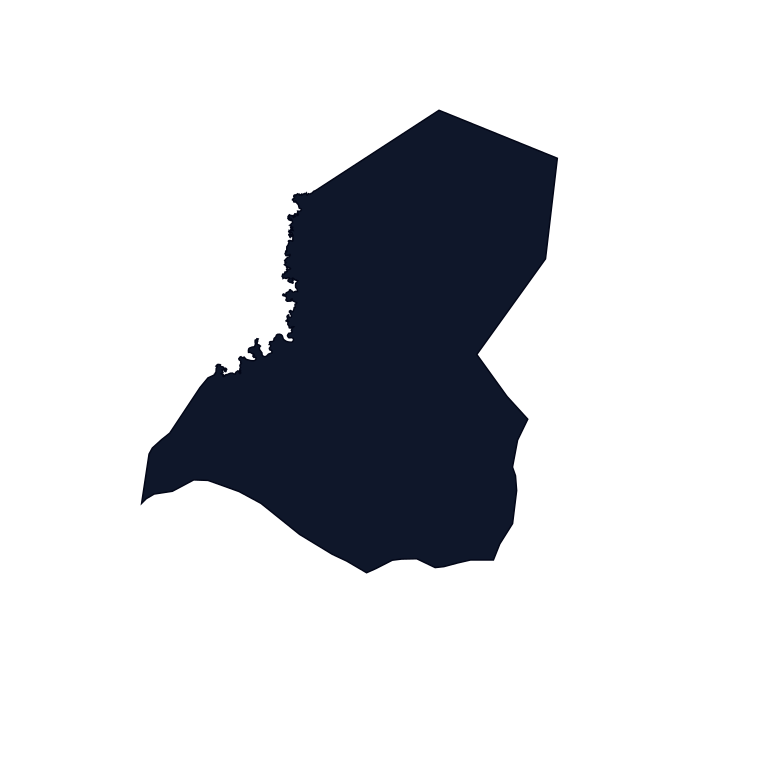 Abadam, Borno, Nigeria, rotated 327°
{"feature_id": "59680162B89355923746110", "entity_name": "Abadam", "entity_type": "district", "adm_level": 2, "iso_a3": "NGA", "parent_name": "Nigeria", "parent_adm1": "Borno", "projection": "mercator", "projection_center": [13.226, 13.367], "detail": "fine", "context": "isolated", "style": "filled", "palette": "ink", "viewbox_px": 768, "rotation_deg": 327, "n_neighbors": 0, "source": "geoboundaries", "source_scale": "gbopen_adm2", "svg_char_len": 6171}
<svg xmlns="http://www.w3.org/2000/svg" viewBox="0 0 768 768"><g transform="rotate(327 384 384)"><path d="M266.6,532.8L276.8,534.4L295.0,536.3L303.4,540.4L316.3,548.4L326.9,565.8L334.8,569.8L348.1,574.1L360.7,578.7L379.9,591.2L394.0,581.2L415.8,571.1L437.2,545.6L444.3,532.6L446.5,523.7L465.5,503.8L485.4,491.8L480.4,461.5L477.9,409.8L587.6,367.0L652.3,289.1L579.2,184.4L431.7,184.5L430.2,184.1L427.5,184.7L426.4,184.4L425.5,184.7L424.3,183.2L422.4,183.8L422.2,183.2L422.9,181.7L422.3,181.9L421.6,181.1L420.3,181.2L419.8,180.6L419.2,180.9L418.5,180.9L418.3,180.0L417.3,180.6L416.6,179.0L416.0,179.4L415.3,177.5L413.5,177.5L412.6,178.0L412.4,176.9L411.2,176.8L410.4,177.6L410.2,179.3L407.9,179.3L407.5,179.7L408.1,181.0L407.5,182.0L408.5,183.0L409.5,182.6L409.4,184.7L409.9,185.4L409.6,185.9L409.9,186.8L408.7,190.3L409.9,192.0L409.5,193.0L408.4,193.4L407.3,193.2L405.7,192.0L405.3,193.0L404.5,193.8L404.2,193.5L403.8,193.7L404.7,194.9L403.9,195.7L403.5,195.8L402.3,193.7L402.4,193.1L402.0,192.7L400.0,193.6L399.8,194.1L400.6,194.3L400.8,195.2L398.7,195.0L399.0,194.0L398.6,193.4L399.0,193.0L397.5,191.7L396.9,190.7L396.4,191.1L396.0,190.7L394.7,191.4L395.1,192.2L394.5,192.0L394.3,192.6L393.8,192.5L393.6,192.8L393.8,193.1L394.4,192.7L395.0,193.1L394.6,193.7L394.9,194.2L393.7,194.4L394.6,195.9L395.1,196.2L396.0,195.6L396.1,196.8L395.1,199.1L393.6,199.1L392.5,199.7L391.6,199.6L392.4,200.8L391.9,201.6L391.1,201.5L390.9,202.6L391.5,202.9L391.5,202.2L392.1,201.9L392.8,202.8L392.0,203.5L391.0,203.3L391.5,204.8L391.4,205.8L390.6,205.0L390.5,203.7L389.7,203.8L389.3,204.6L388.2,203.7L388.1,204.5L387.7,204.0L387.0,204.4L387.3,205.7L388.8,206.4L389.1,207.7L388.4,208.8L388.8,209.7L388.3,209.9L387.7,209.0L387.9,208.3L387.2,207.2L385.7,206.7L385.3,207.2L385.9,208.1L385.1,209.1L385.2,209.8L385.5,209.6L386.2,209.9L387.3,209.4L387.9,210.4L387.0,212.4L386.3,212.7L386.2,213.5L385.1,214.4L383.6,212.7L382.5,212.0L381.8,212.0L381.5,212.4L381.8,212.9L381.7,213.3L379.2,215.2L377.3,215.9L375.2,219.0L374.4,218.9L374.0,219.2L374.6,219.6L374.4,220.1L373.0,220.2L372.0,220.8L371.7,222.9L372.5,223.6L373.5,223.5L374.1,224.1L375.7,224.1L375.8,224.5L375.6,224.9L375.0,225.2L374.3,225.1L374.1,225.5L373.6,225.7L371.7,225.3L371.0,225.8L369.8,225.8L367.9,226.4L368.0,227.2L367.6,227.6L367.8,227.9L367.4,228.1L367.7,228.8L367.3,228.7L366.3,229.6L365.5,229.7L366.5,232.4L365.9,233.0L366.0,233.4L366.3,233.7L366.9,233.4L367.5,234.5L368.2,235.0L368.4,236.4L367.8,236.6L366.9,236.1L366.3,236.1L365.8,235.0L365.3,235.1L364.9,234.7L364.5,235.1L364.6,236.1L364.2,237.0L363.2,236.6L362.6,236.9L362.1,236.2L361.8,236.2L361.6,236.5L361.8,237.0L361.4,237.2L360.7,237.0L360.1,237.5L358.9,236.7L357.1,238.3L357.3,239.3L356.8,240.5L358.1,240.5L358.8,241.7L360.0,242.5L361.5,242.5L361.7,243.3L362.3,243.6L362.4,244.4L360.1,244.6L359.6,245.5L360.7,247.8L362.2,248.4L362.2,248.7L361.8,248.9L362.0,249.5L362.7,249.7L363.1,249.3L363.4,247.6L364.3,247.5L364.2,245.6L364.8,245.3L365.6,246.1L366.1,248.5L366.9,248.7L367.0,249.3L368.1,250.6L365.9,251.4L364.9,251.4L363.4,253.3L362.5,254.9L362.9,257.0L361.8,259.4L360.1,258.0L358.4,257.9L357.5,257.4L357.5,256.0L356.9,255.3L356.9,254.1L356.6,253.8L356.0,253.7L354.8,254.7L351.7,254.3L350.9,254.8L350.6,255.5L349.9,255.7L349.4,255.4L349.1,254.1L348.6,253.7L347.5,254.2L347.5,254.9L349.3,256.8L349.5,257.9L348.7,259.5L347.7,259.9L347.4,260.4L347.9,261.9L351.2,263.8L351.6,263.6L352.0,262.3L353.2,262.5L352.8,264.4L355.1,268.3L354.4,268.9L353.1,268.6L352.7,268.8L351.3,271.4L350.3,271.0L348.8,272.6L347.0,273.7L346.5,273.5L345.7,271.5L344.4,271.4L343.8,272.2L344.3,273.5L343.8,274.5L343.8,275.7L343.4,276.8L342.6,277.3L341.6,277.2L340.9,276.2L340.9,275.7L341.7,274.1L340.4,274.0L339.2,274.8L339.1,276.0L337.9,277.8L337.2,277.5L336.3,277.6L336.2,278.1L337.2,278.1L337.2,279.1L338.4,279.6L338.1,279.9L337.0,279.9L335.7,281.8L336.1,283.7L335.5,284.2L335.2,285.4L336.2,286.2L337.8,286.0L338.4,286.6L339.1,286.4L339.5,286.9L337.6,287.2L335.9,288.2L335.4,288.8L335.6,290.1L335.2,290.4L333.2,290.4L331.8,289.6L329.9,290.4L329.3,291.0L329.2,293.1L330.2,294.0L331.6,294.6L332.6,296.0L332.7,296.6L332.2,297.6L331.2,298.5L329.3,298.7L326.9,296.8L325.4,295.2L324.4,293.1L324.0,291.4L324.9,288.3L324.7,286.9L323.7,285.5L321.8,284.4L320.5,284.4L318.9,285.6L316.7,285.9L314.9,287.8L313.2,287.5L312.3,286.8L311.2,286.5L310.8,286.6L310.2,287.9L309.4,288.3L310.0,288.7L310.0,290.1L308.6,291.2L307.4,291.5L307.0,292.2L306.9,293.5L307.9,294.3L308.1,294.8L307.0,296.8L303.4,296.0L300.4,296.7L298.6,296.0L297.8,294.7L297.6,293.7L297.8,292.8L298.6,291.4L298.4,287.0L299.6,285.3L301.0,284.9L300.5,283.3L299.6,282.3L299.4,281.2L300.2,280.1L301.3,279.4L302.0,278.3L303.0,277.7L302.1,276.8L301.2,277.3L299.8,277.1L298.7,278.7L298.0,280.4L296.1,282.0L295.3,282.1L293.5,281.2L290.7,280.6L289.6,280.9L288.4,282.2L287.6,283.7L289.1,284.6L290.3,287.2L291.1,288.0L290.9,289.2L290.6,289.2L290.7,288.6L290.3,288.3L289.2,289.3L289.4,290.9L290.6,291.4L290.9,292.1L290.0,293.6L289.0,293.9L287.4,293.6L285.0,291.8L281.9,288.4L281.3,285.2L280.2,285.5L279.0,283.9L278.9,283.2L278.0,283.0L276.0,283.7L275.7,284.7L276.3,286.4L276.0,287.5L275.5,288.0L275.4,289.1L274.3,289.2L273.1,290.2L272.6,292.1L271.3,292.9L271.1,294.6L270.5,294.8L270.9,294.3L270.4,293.9L269.6,294.6L270.3,295.8L269.8,296.8L269.1,296.9L269.3,295.9L268.5,295.5L269.0,294.1L268.6,293.4L266.3,293.5L265.2,294.0L264.8,294.6L263.5,293.8L262.9,292.4L261.0,291.3L258.6,290.8L257.7,291.0L256.8,290.2L255.8,290.0L254.7,290.7L253.4,290.3L253.3,289.6L254.3,289.6L254.3,288.7L253.0,286.6L253.9,286.5L255.1,286.8L255.9,284.1L256.6,284.6L257.8,284.8L257.4,286.7L257.9,287.4L258.3,287.4L259.0,286.6L260.0,286.1L260.1,285.6L259.8,284.6L259.2,284.8L258.9,284.1L258.0,283.6L258.5,282.7L258.2,281.9L256.7,280.6L256.6,279.6L257.3,278.9L257.1,278.5L255.4,277.1L254.0,277.1L252.9,277.5L253.8,278.4L253.7,278.8L251.9,279.4L249.7,282.4L248.5,282.9L248.3,283.5L247.1,283.4L246.6,284.0L239.7,283.0L227.9,286.7L177.6,308.5L167.3,309.5L154.9,311.5L148.8,314.8L115.7,352.1L122.1,350.7L131.3,351.1L148.1,358.7L172.2,360.8L183.9,369.0L203.9,395.3L215.8,417.1L231.3,464.2L247.9,498.7L256.3,512.2L266.6,532.8Z" fill="#0f172a" stroke="#020617" stroke-width="1.5"/></g></svg>